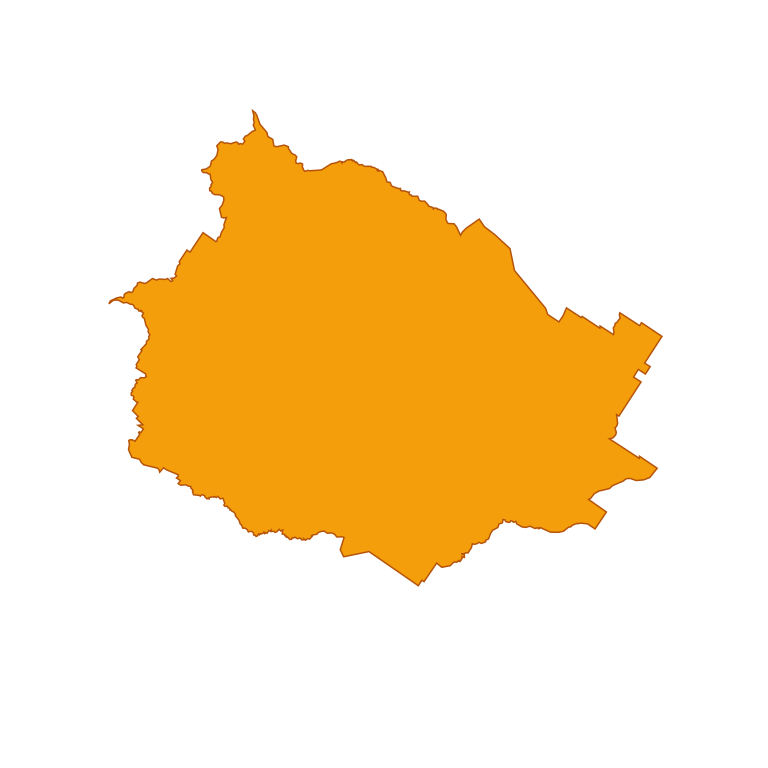 Cardinia, Victoria, Australia (Natural Earth projection), rotated 295°
{"feature_id": "25037944B56409622243598", "entity_name": "Cardinia", "entity_type": "district", "adm_level": 2, "iso_a3": "AUS", "parent_name": "Australia", "parent_adm1": "Victoria", "projection": "natural_earth1", "projection_center": [145.459, -38.095], "detail": "fine", "context": "isolated", "style": "filled", "palette": "amber", "viewbox_px": 768, "rotation_deg": 295, "n_neighbors": 0, "source": "geoboundaries", "source_scale": "gbopen_adm2", "svg_char_len": 6171}
<svg xmlns="http://www.w3.org/2000/svg" viewBox="0 0 768 768"><g transform="rotate(295 384 384)"><path d="M423.1,667.2L426.5,646.1L424.5,646.7L429.6,611.3L431.8,614.2L435.8,615.5L438.5,614.9L441.7,611.9L444.0,612.7L447.0,612.4L454.6,607.7L454.2,610.5L494.5,616.1L495.7,607.3L504.7,608.3L503.5,616.7L512.2,617.9L513.1,611.4L544.6,615.8L548.4,591.4L544.9,591.1L548.2,567.6L546.0,568.1L543.5,570.1L537.8,568.9L536.9,567.9L534.3,568.5L531.7,568.1L528.1,570.6L525.7,571.0L527.9,555.3L525.8,556.1L529.0,535.0L527.5,534.7L530.1,517.2L521.7,517.5L514.2,516.3L516.2,503.0L521.0,498.3L542.0,454.3L559.9,441.0L566.1,421.6L569.0,408.5L573.7,400.6L560.2,392.8L555.2,390.9L551.1,390.5L557.0,383.4L558.8,379.8L556.7,374.4L556.9,373.4L559.3,370.6L564.1,368.7L565.7,365.1L565.5,359.6L564.9,358.9L565.6,357.9L564.7,355.0L563.5,354.7L564.6,353.4L564.1,349.1L565.1,348.1L566.9,343.5L565.3,340.2L565.5,338.2L568.4,335.2L566.0,330.1L566.8,328.8L566.4,327.4L566.9,326.2L568.7,325.8L568.1,325.1L567.7,321.0L566.4,318.3L566.6,317.2L568.2,316.3L567.3,314.8L566.6,308.3L567.1,306.7L569.3,304.4L568.4,301.2L571.4,298.7L575.8,293.1L575.5,289.4L574.8,289.0L575.4,288.7L574.9,288.0L575.6,287.9L575.1,287.4L575.8,287.3L576.0,283.4L575.3,281.2L575.8,280.4L573.5,275.4L573.0,273.6L573.6,271.1L572.3,269.7L572.2,268.1L573.5,265.1L572.7,264.5L573.8,262.3L573.0,261.4L573.7,260.9L573.1,260.3L573.6,259.5L571.6,256.1L568.0,253.8L567.8,252.4L566.5,252.5L567.4,251.2L567.3,249.7L564.2,247.1L561.3,243.1L551.6,236.9L546.1,227.1L545.4,224.7L543.4,222.5L543.5,221.4L546.1,218.4L549.0,217.2L548.9,214.8L547.4,212.9L547.1,211.1L548.8,209.7L553.1,208.9L554.0,206.4L553.9,203.2L557.0,197.9L558.7,196.9L558.3,192.5L553.7,186.5L553.2,183.6L558.7,179.8L559.2,174.1L562.4,171.7L567.0,161.8L573.8,155.1L575.4,152.8L576.2,149.5L571.8,152.9L568.8,153.8L565.8,156.1L563.5,156.0L559.8,160.2L557.0,157.7L551.1,154.9L550.1,153.6L546.7,153.0L545.4,155.2L541.7,154.6L541.1,152.0L539.8,151.0L541.0,149.3L540.7,147.5L537.0,143.6L536.0,139.5L534.8,138.0L535.1,135.7L534.4,133.6L529.2,131.8L526.2,134.6L520.5,135.9L515.9,135.1L513.3,133.4L507.9,134.5L503.7,131.9L501.2,128.3L500.1,128.8L499.3,131.0L500.6,134.1L500.2,136.1L500.6,137.8L496.0,140.8L494.3,143.5L491.2,143.0L489.9,143.9L487.9,143.1L485.5,144.4L485.8,146.1L484.3,147.7L484.1,150.6L486.1,155.3L485.7,159.7L482.9,161.2L477.5,161.7L473.5,160.7L466.4,166.3L466.7,168.5L468.3,170.8L460.7,171.6L458.2,173.1L452.6,172.6L448.0,173.2L447.0,171.9L445.2,171.6L442.9,172.2L442.0,171.4L444.7,156.0L421.5,152.5L422.1,148.8L408.3,146.7L406.6,148.3L403.9,147.1L395.2,148.3L394.2,150.4L391.5,149.1L389.7,146.3L388.8,148.8L388.3,148.8L386.8,147.6L388.1,143.2L386.5,141.9L384.1,135.9L382.0,133.8L381.8,129.6L375.2,125.9L373.9,124.4L373.2,119.7L371.2,117.9L369.2,118.6L365.1,117.0L361.5,117.3L359.9,116.2L360.0,114.1L357.6,111.8L355.4,110.8L352.6,111.6L351.5,111.2L351.6,108.7L349.0,105.3L343.7,100.9L340.4,100.8L345.7,103.4L347.8,107.8L347.3,113.5L349.2,116.4L349.1,120.6L349.8,121.8L349.5,123.7L347.5,126.3L347.8,129.8L346.6,130.6L346.9,132.2L347.9,132.5L347.8,133.7L347.1,133.8L346.5,136.1L343.6,135.8L342.5,137.1L342.1,139.1L336.5,143.5L334.2,147.2L331.5,148.3L329.5,151.0L327.6,150.7L325.2,152.1L322.4,150.7L320.0,151.6L312.4,149.1L312.2,150.5L304.5,149.3L302.6,152.0L297.0,151.2L295.2,152.7L293.8,152.5L292.5,163.4L290.2,165.5L288.3,164.1L286.9,160.7L284.0,159.8L283.2,157.6L282.4,157.5L280.5,159.8L278.7,158.7L275.5,159.6L274.5,158.6L271.7,158.2L271.2,159.2L269.0,158.7L267.1,159.6L267.1,161.9L266.5,162.8L264.3,163.2L263.1,167.5L263.4,168.6L253.6,167.3L250.7,175.0L248.2,174.1L245.1,182.7L242.6,178.5L241.6,184.9L237.1,184.2L237.3,182.4L236.2,182.2L235.1,183.9L227.0,182.6L227.0,179.4L225.8,177.0L224.8,176.6L221.7,178.8L216.5,180.2L211.0,186.5L212.5,194.2L210.5,196.9L209.2,200.3L212.0,214.3L211.4,216.1L209.3,218.0L214.9,219.6L214.3,222.8L214.8,235.9L213.2,236.5L211.1,235.6L210.4,240.4L206.7,239.5L206.4,242.6L209.0,247.2L208.7,249.7L209.5,252.2L208.1,252.9L207.1,255.7L205.8,255.7L203.1,258.2L205.0,263.7L204.7,264.9L206.5,265.6L207.0,266.9L206.9,268.7L206.0,269.4L205.1,272.2L206.2,272.8L205.9,274.0L207.4,273.7L209.4,276.5L209.5,277.7L210.5,278.1L210.3,280.0L212.0,280.8L210.7,284.2L212.4,286.4L208.4,290.2L206.6,290.0L205.9,291.6L207.0,293.4L206.0,294.8L205.9,296.9L204.7,297.6L205.1,298.9L204.4,300.1L204.5,301.9L203.1,304.6L201.9,304.8L199.3,310.1L196.4,312.8L195.9,314.6L193.7,316.9L194.7,319.4L194.2,321.6L192.6,323.6L194.1,325.2L194.4,327.1L194.0,328.5L192.1,329.7L192.5,331.1L191.8,332.3L192.5,333.3L195.1,333.8L194.6,334.7L196.1,335.1L196.0,335.9L197.6,337.5L199.1,337.8L198.0,339.1L199.2,339.7L199.3,341.1L202.6,341.6L202.5,343.0L203.6,343.4L202.5,343.7L203.9,346.4L203.5,347.9L204.5,349.1L208.0,350.4L207.1,352.5L208.9,353.9L205.0,355.1L205.6,357.0L204.6,358.5L205.1,359.0L203.8,360.3L204.6,361.1L203.3,364.4L204.2,365.9L205.8,365.8L206.2,367.1L207.5,367.9L207.2,371.0L208.9,372.9L208.7,374.4L207.9,374.9L209.1,377.6L209.8,377.0L209.3,378.9L211.4,380.0L212.1,382.2L214.8,383.0L215.8,382.5L215.7,383.3L217.4,383.5L219.4,386.7L221.5,387.1L224.2,389.8L225.4,392.0L224.8,395.8L226.9,399.3L227.0,402.7L225.4,405.8L228.0,411.3L228.0,412.7L215.3,414.4L210.4,420.5L225.8,441.2L215.7,500.3L222.2,501.3L221.8,503.8L243.9,507.4L242.3,513.8L247.2,520.7L252.2,522.6L253.2,525.2L255.7,526.4L255.0,527.3L255.5,528.0L259.3,528.5L260.4,527.7L260.8,530.2L263.7,528.7L262.7,527.1L262.8,526.7L263.1,526.4L264.0,528.6L265.6,529.3L266.3,531.5L272.6,532.4L276.5,531.6L276.9,533.7L278.8,536.0L280.5,536.8L280.7,539.7L283.8,542.7L285.4,542.3L287.7,544.2L294.0,543.7L297.5,544.4L302.1,547.8L305.8,547.4L308.2,550.0L311.5,549.1L312.0,551.1L310.8,552.3L311.1,554.9L311.9,556.5L313.5,556.6L314.0,557.8L313.4,559.9L315.2,561.6L313.3,563.5L312.8,569.6L314.0,573.2L316.8,576.4L316.9,581.9L318.8,584.3L318.1,585.1L318.8,586.1L319.9,586.1L320.1,597.6L323.4,605.0L326.4,608.9L332.1,611.7L333.6,613.7L335.5,614.3L339.2,617.7L339.0,618.3L341.0,620.9L343.3,627.7L341.8,636.5L362.0,639.7L365.8,618.2L367.7,619.6L373.4,620.9L377.7,623.9L384.5,632.5L388.4,634.0L397.0,641.7L400.6,643.6L402.5,647.2L403.1,653.3L406.9,659.9L411.6,664.4L423.1,667.2Z" fill="#f59e0b" stroke="#b45309" stroke-width="1.5"/></g></svg>